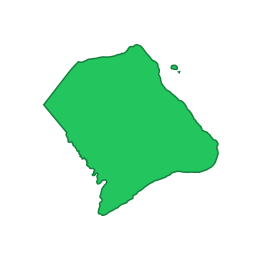 outline of Soure, Pará, Brazil, rotated 51°
{"feature_id": "56859067B4470404603658", "entity_name": "Soure", "entity_type": "district", "adm_level": 2, "iso_a3": "BRA", "parent_name": "Brazil", "parent_adm1": "Pará", "projection": "mercator", "projection_center": [-48.627, -0.457], "detail": "fine", "context": "isolated", "style": "filled", "palette": "green", "viewbox_px": 256, "rotation_deg": 51, "n_neighbors": 0, "source": "geoboundaries", "source_scale": "gbopen_adm2", "svg_char_len": 4931}
<svg xmlns="http://www.w3.org/2000/svg" viewBox="0 0 256 256"><g transform="rotate(51 128 128)"><path d="M56.9,178.9L67.4,178.8L93.1,178.5L93.6,179.5L94.2,180.3L95.4,180.8L96.4,180.9L97.3,181.2L98.5,181.4L99.4,181.8L100.8,183.1L101.8,183.0L102.6,181.9L102.8,181.0L103.4,180.4L104.2,180.6L105.2,180.8L106.0,181.0L106.7,181.5L107.5,181.5L108.4,181.2L109.2,181.0L110.2,181.2L110.9,181.2L112.1,181.3L112.9,181.7L113.9,181.9L114.7,181.5L115.0,180.7L115.7,181.3L116.3,181.8L117.4,182.2L118.5,182.3L119.2,182.0L120.0,181.9L120.0,183.1L121.0,182.8L121.9,182.6L122.6,182.5L123.2,183.1L123.7,182.5L123.8,181.5L123.8,180.5L124.9,180.8L126.2,180.9L126.7,180.2L127.4,180.5L128.2,181.4L129.0,181.9L129.8,181.5L130.2,182.2L130.5,183.2L131.4,183.5L132.3,183.1L133.4,182.8L134.4,182.8L135.3,183.0L136.0,182.5L137.6,180.4L138.6,180.3L139.6,180.4L140.2,180.8L140.2,181.8L140.9,182.6L141.9,183.1L141.7,184.3L141.8,185.2L142.7,185.3L143.3,184.7L143.6,183.8L143.6,182.6L143.1,182.0L143.1,180.8L144.1,180.1L145.0,180.6L145.9,182.4L146.6,182.9L147.9,183.4L148.7,183.9L149.4,184.6L149.7,185.4L150.1,186.2L151.2,186.6L152.1,186.8L153.0,185.9L153.2,185.0L153.2,184.2L153.1,183.1L152.8,181.7L152.8,180.9L153.2,179.7L153.8,178.8L154.7,178.0L156.0,178.3L156.8,178.7L157.4,180.0L157.6,181.6L158.0,183.8L158.9,186.5L160.5,188.6L161.7,190.0L163.0,192.0L163.8,193.1L165.0,193.4L166.1,193.1L167.6,193.2L168.1,193.8L168.4,194.7L168.3,195.8L168.6,197.4L169.3,198.0L170.5,198.7L171.3,199.4L172.1,200.5L173.2,202.4L174.6,203.9L176.0,204.8L177.4,203.4L178.5,203.2L179.6,203.0L180.1,202.4L180.5,201.5L181.0,200.5L181.2,199.3L181.4,198.4L181.5,197.5L181.5,196.7L181.5,195.4L181.8,193.8L182.2,192.8L182.3,191.7L182.6,190.3L182.6,189.1L182.7,188.3L183.2,187.0L183.5,185.9L183.4,185.1L183.2,184.0L183.2,182.9L183.3,182.1L183.3,181.3L183.6,180.6L184.0,179.3L184.4,178.2L185.0,177.0L185.1,175.9L185.0,175.1L184.6,174.1L184.7,172.9L185.1,171.3L185.4,170.0L185.6,169.0L185.4,168.2L184.7,167.5L183.8,166.8L183.8,165.9L184.2,164.8L184.4,164.0L184.5,163.0L184.4,162.1L184.1,161.2L183.8,160.3L184.2,158.8L184.4,157.6L184.5,156.4L184.5,155.1L184.5,153.9L184.4,152.8L184.4,151.9L184.5,151.0L184.6,149.6L184.7,148.0L184.9,145.9L185.1,144.9L185.5,143.7L185.6,142.7L185.6,141.4L185.9,140.5L186.3,139.5L186.7,138.5L187.2,137.5L187.5,136.6L187.8,135.7L188.2,134.7L188.4,133.9L188.7,133.1L189.3,131.3L189.7,130.3L189.9,129.0L189.9,127.9L190.4,126.3L190.7,125.2L190.7,124.3L190.6,123.1L190.6,121.9L191.1,120.4L191.9,118.7L192.5,117.4L193.3,116.2L194.7,114.8L196.6,113.1L197.8,111.9L199.5,110.0L200.5,108.9L202.1,106.4L203.0,105.4L204.1,104.4L204.8,103.6L205.3,102.9L205.8,102.0L206.6,101.3L207.2,100.7L207.5,99.5L208.0,98.6L208.3,97.6L208.7,96.5L209.1,95.5L209.5,94.5L209.8,93.6L210.1,92.4L210.2,91.4L210.4,90.2L210.5,89.3L210.7,88.4L210.7,87.7L210.7,86.8L210.5,85.7L210.4,84.6L210.1,83.3L209.7,82.3L209.4,81.5L208.8,80.5L208.2,79.6L207.7,78.7L207.1,77.7L206.5,76.9L206.0,76.3L205.5,75.5L205.1,74.5L203.9,73.6L203.0,73.1L201.8,72.4L200.7,72.0L200.0,71.7L199.1,71.3L198.2,70.6L198.0,69.8L197.7,68.8L196.8,67.9L195.6,67.8L194.5,67.4L193.6,67.4L192.7,67.6L191.8,68.2L191.2,68.8L190.0,69.0L188.9,69.0L188.1,68.8L187.4,69.0L186.2,69.0L185.4,68.7L184.3,68.9L183.1,69.2L182.4,69.2L181.6,69.1L180.6,69.5L180.0,70.0L179.2,70.4L178.1,70.9L176.8,71.8L175.8,71.5L175.1,71.2L173.8,70.7L172.2,70.5L171.0,70.8L170.1,70.9L169.2,70.8L168.0,70.9L166.6,71.2L165.5,70.8L163.9,70.7L162.8,71.1L162.0,70.8L161.0,70.6L160.1,70.4L159.0,70.0L157.8,69.9L156.0,69.6L154.4,69.5L153.0,69.5L151.4,70.0L150.2,70.0L149.1,69.5L147.7,69.2L146.3,69.0L145.3,68.9L144.1,68.9L142.7,69.0L141.8,69.1L140.9,69.4L140.2,69.7L139.3,70.4L138.2,71.2L137.4,71.1L136.5,71.0L135.5,71.2L134.6,71.3L133.7,71.3L132.8,71.5L131.7,71.8L130.2,72.0L129.4,72.2L128.5,72.6L127.2,72.5L126.2,72.6L124.9,73.1L123.6,73.7L122.7,74.2L121.6,74.2L120.4,74.1L118.9,74.1L116.4,74.1L115.1,73.9L114.1,73.8L111.7,72.6L110.1,71.7L108.9,71.1L107.3,70.8L105.9,70.6L105.1,69.9L103.9,68.3L103.2,67.6L102.4,67.1L100.7,66.5L99.7,66.4L98.7,65.9L97.9,65.2L96.9,64.7L95.3,64.8L94.1,65.0L92.8,65.2L92.0,65.8L90.6,66.5L88.2,66.5L87.4,66.4L84.3,66.4L82.4,66.7L75.6,66.4L73.3,66.5L72.5,66.6L71.7,66.9L70.7,67.4L69.9,68.1L68.8,68.6L67.9,71.0L68.0,71.8L68.3,72.6L67.8,73.2L66.5,74.5L66.0,75.6L66.2,76.5L66.4,77.6L66.8,78.5L67.6,81.8L67.2,84.6L66.7,85.4L66.1,85.9L66.1,86.7L65.9,87.8L65.3,88.4L64.7,89.6L63.9,91.6L63.9,92.4L62.0,96.1L61.1,97.7L59.4,100.0L57.8,101.9L57.1,102.6L55.5,105.3L53.8,108.9L52.7,110.7L52.1,111.6L51.7,112.3L51.0,113.6L50.5,114.2L49.9,115.1L49.5,116.0L49.3,117.8L48.9,119.1L48.7,119.9L48.2,121.8L47.8,122.6L47.0,123.5L45.3,124.9L46.4,133.5L47.6,139.4L53.8,165.7L56.9,178.9ZM109.5,56.7L110.3,55.8L111.0,55.4L111.8,54.9L112.3,54.2L112.9,53.6L113.1,52.6L111.9,51.6L110.7,51.2L109.4,51.7L108.4,52.5L107.7,53.5L107.2,54.8L107.8,55.8L108.4,56.7L109.5,56.7ZM117.2,53.4L116.7,52.5L116.2,53.5L117.2,53.4Z" fill="#22c55e" stroke="#15803d" stroke-width="1.5"/></g></svg>